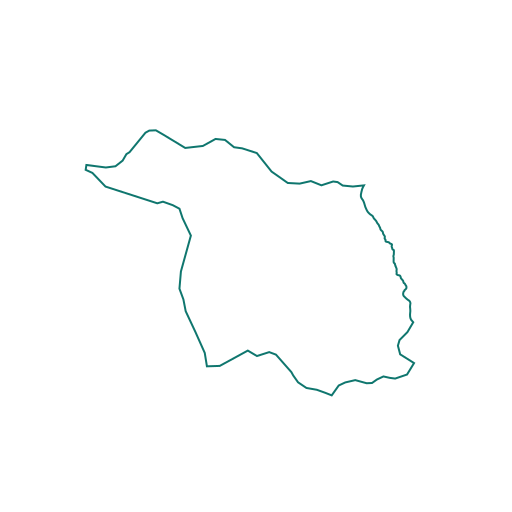 the district of Damara, Ombella-M'Poko, Central African Republic, rotated 304°
{"feature_id": "33826404B9315728863093", "entity_name": "Damara", "entity_type": "district", "adm_level": 2, "iso_a3": "CAF", "parent_name": "Central African Republic", "parent_adm1": "Ombella-M'Poko", "projection": "robinson", "projection_center": [18.896, 5.112], "detail": "fine", "context": "isolated", "style": "outline", "palette": "teal", "viewbox_px": 512, "rotation_deg": 304, "n_neighbors": 0, "source": "geoboundaries", "source_scale": "gbopen_adm2", "svg_char_len": 3082}
<svg xmlns="http://www.w3.org/2000/svg" viewBox="0 0 512 512"><g transform="rotate(304 256 256)"><path d="M296.4,95.4L271.3,93.1L268.0,91.6L260.5,92.1L251.8,89.3L245.4,82.0L236.6,64.5L232.2,66.6L233.4,73.9L229.4,92.4L244.5,144.7L249.0,148.5L251.6,158.6L252.4,166.1L246.3,174.0L236.5,190.6L201.2,202.4L186.1,210.8L179.4,220.1L170.9,228.6L159.1,248.3L147.0,267.7L137.1,277.0L144.6,287.4L173.0,302.1L173.6,312.7L183.7,320.7L185.4,327.7L179.5,350.3L177.8,353.6L174.8,361.5L174.8,371.6L179.1,381.2L181.3,389.9L182.8,396.7L194.9,397.0L201.1,400.7L208.6,407.7L212.4,418.9L215.6,423.2L221.2,425.3L227.4,429.0L229.8,435.1L232.2,439.9L242.2,447.5L255.6,446.9L255.1,430.5L261.0,423.8L266.6,422.0L277.6,424.1L289.0,423.4L289.5,421.6L289.9,420.2L290.8,418.8L291.9,417.7L293.5,416.5L296.7,414.7L298.3,413.5L300.0,412.1L301.8,411.1L303.1,410.5L303.8,409.8L304.3,409.0L304.6,408.0L304.6,406.2L304.8,404.2L305.4,401.0L305.7,400.3L306.4,399.5L307.3,398.9L308.1,398.6L308.8,398.4L309.1,398.3L309.5,398.4L309.9,398.5L310.1,398.5L310.4,398.4L310.6,398.3L310.9,398.3L311.3,398.4L312.0,398.6L312.5,398.7L313.2,398.7L313.5,398.6L314.4,398.1L315.0,397.5L315.3,396.9L315.6,396.1L316.1,395.2L316.3,394.7L316.3,394.4L316.3,394.0L316.3,393.6L316.8,392.8L317.5,392.1L317.9,391.3L318.1,390.3L318.4,389.4L318.5,388.8L318.8,388.3L319.4,387.8L319.8,387.1L320.1,386.7L320.2,386.2L320.1,385.6L319.7,384.8L319.5,384.2L319.4,383.3L319.6,382.6L320.2,382.3L320.8,382.0L321.6,381.3L322.0,380.9L322.6,380.6L323.2,380.3L323.8,379.9L324.2,379.5L324.5,379.1L324.7,378.7L324.9,378.4L325.1,378.2L325.3,377.9L325.5,377.4L325.8,377.2L326.2,376.8L326.3,376.5L326.5,376.1L326.8,375.8L327.1,375.6L327.3,375.4L327.4,375.0L327.4,374.5L327.6,373.9L328.2,373.3L329.1,372.7L331.1,371.4L331.8,370.9L332.3,370.3L332.8,369.9L334.1,369.5L334.8,369.1L335.3,368.8L337.2,367.6L337.8,367.1L338.0,366.7L337.9,366.2L337.8,365.8L338.0,365.2L338.3,364.8L338.8,364.4L339.2,363.8L339.4,363.5L339.8,363.1L340.1,362.9L341.1,362.6L341.4,362.4L341.6,362.2L341.7,361.6L341.5,360.9L341.3,360.1L341.4,359.5L341.5,359.4L341.6,359.1L341.6,358.5L341.4,357.7L341.0,356.9L340.8,356.3L340.6,355.7L340.7,355.3L340.9,354.9L341.6,354.5L342.0,354.1L342.1,353.7L342.2,353.3L342.5,352.8L343.1,352.5L343.7,352.2L344.2,351.9L344.5,351.4L344.9,350.4L345.2,349.6L345.7,348.8L346.3,348.2L346.7,347.8L347.0,347.3L347.2,346.4L347.3,345.4L347.6,344.5L348.1,343.8L348.8,343.1L349.1,342.6L349.3,342.0L349.7,341.4L350.2,340.7L350.6,339.9L351.0,338.3L351.4,337.7L351.8,336.8L352.2,336.1L352.8,334.0L353.0,332.9L353.5,331.9L354.0,331.1L354.3,330.5L354.4,329.6L354.4,328.9L354.4,327.3L354.6,326.0L355.0,324.2L355.7,322.6L356.6,321.1L357.8,319.2L360.6,315.8L361.4,314.6L362.1,313.4L362.5,312.2L363.2,310.7L364.0,309.7L364.7,309.2L365.4,308.7L368.0,307.6L370.8,306.6L372.8,306.2L374.9,306.0L367.8,297.5L362.9,288.5L362.9,282.3L360.9,278.3L351.2,270.7L348.8,259.6L340.4,251.7L334.3,241.5L334.7,221.7L341.8,199.1L337.5,184.3L333.9,177.0L334.9,165.4L330.4,157.0L317.5,150.4L306.0,136.9L304.8,111.8L304.2,102.7L300.3,97.4L296.4,95.4Z" fill="none" stroke="#0f766e" stroke-width="2"/></g></svg>